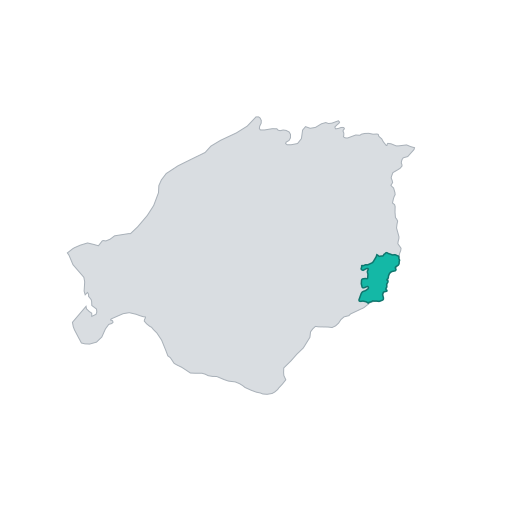 where Satu Mare sits in Romania, rotated 143°
{"feature_id": "ROU-301", "entity_name": "Satu Mare", "entity_type": "County", "adm_level": 1, "iso_a3": "ROU", "parent_name": "Romania", "parent_adm1": "", "projection": "equal_earth", "projection_center": [22.899, 47.706], "detail": "fine", "context": "in_parent", "style": "filled", "palette": "teal", "viewbox_px": 512, "rotation_deg": 143, "n_neighbors": 0, "source": "natural_earth", "source_scale": "10m", "svg_char_len": 5670}
<svg xmlns="http://www.w3.org/2000/svg" viewBox="0 0 512 512"><g transform="rotate(143 256 256)"><path d="M386.8,281.6L391.3,287.0L396.8,289.9L409.4,292.9L410.5,292.6L410.6,292.0L409.7,291.2L409.6,290.2L410.2,289.0L411.9,288.9L414.8,290.0L420.1,288.4L427.9,284.1L435.2,283.2L441.9,285.8L445.5,288.8L447.8,291.6L447.2,295.1L446.9,297.3L445.4,306.4L444.4,309.7L442.5,313.5L422.0,318.1L423.2,315.9L422.6,312.1L421.6,309.2L423.5,306.6L418.8,305.7L416.8,307.1L415.3,309.6L416.9,315.3L414.7,318.5L413.9,320.3L414.0,324.5L412.7,326.3L412.5,328.3L415.8,327.8L414.4,331.4L408.4,338.4L406.3,342.6L407.4,359.2L404.9,369.1L404.8,372.0L398.1,372.1L396.1,371.9L389.8,370.4L382.7,367.8L378.4,362.6L375.7,359.0L369.7,360.6L368.6,360.2L366.9,358.4L362.4,357.2L356.8,357.2L344.2,350.5L342.8,349.4L333.0,350.5L318.4,353.8L307.3,357.9L295.8,365.2L291.2,370.7L285.8,373.7L278.1,375.9L264.2,375.0L249.8,372.3L234.3,369.3L225.9,370.9L214.6,369.7L197.5,366.1L184.8,365.0L172.3,367.1L170.2,365.5L169.7,363.7L170.2,361.1L171.9,359.0L175.0,357.4L176.6,355.8L176.7,354.1L173.3,351.5L166.4,347.9L163.5,345.6L162.8,345.1L162.6,343.1L161.2,341.5L158.5,340.3L156.4,338.2L154.9,335.1L155.3,332.3L157.4,329.6L160.1,328.4L163.4,328.8L164.7,328.0L164.2,326.1L161.0,323.7L155.1,320.8L149.1,322.4L143.0,328.5L138.6,329.5L135.9,325.4L131.1,322.9L124.2,322.2L120.0,320.6L118.4,318.2L115.4,316.4L108.8,314.4L108.7,312.6L109.8,312.1L112.1,312.0L115.3,311.6L115.8,310.5L115.9,309.6L113.4,308.3L110.9,307.5L109.6,306.7L108.7,305.8L108.6,304.8L109.3,304.2L110.3,304.1L111.3,303.5L111.9,301.3L113.3,299.5L114.3,298.8L114.2,297.5L113.2,296.2L111.8,295.1L109.8,294.5L103.5,292.6L100.4,289.9L98.4,289.8L95.4,288.4L92.1,286.1L89.2,282.8L86.1,280.7L85.3,279.8L85.3,279.0L85.8,278.1L85.8,277.1L85.1,273.9L85.6,270.5L85.5,267.3L85.5,265.9L84.9,265.5L84.4,265.9L83.6,266.5L82.9,266.6L80.6,264.3L77.8,259.6L75.8,258.1L72.0,255.9L68.9,254.1L66.6,250.2L64.2,247.1L65.8,245.9L75.0,244.1L79.3,245.8L81.2,245.2L83.1,243.8L84.1,242.7L84.3,241.5L85.2,240.0L88.3,239.3L96.5,240.2L99.8,238.1L101.1,237.0L101.8,234.4L102.7,232.4L105.7,231.3L105.6,229.5L105.2,227.5L106.9,223.0L108.0,221.2L109.6,220.5L111.7,219.1L115.1,216.2L114.4,213.6L115.1,211.8L118.7,207.2L121.5,202.8L121.5,200.6L121.9,198.6L124.3,196.5L126.9,193.8L130.3,185.2L131.5,183.8L133.7,182.1L135.3,180.5L135.5,174.9L137.1,173.3L140.0,171.5L143.0,168.5L145.4,165.1L147.2,163.5L149.6,163.0L152.3,161.7L155.2,161.2L158.1,161.9L159.9,161.5L162.6,159.8L169.6,153.5L170.6,152.3L172.0,151.4L177.6,149.2L179.1,147.1L181.0,145.1L183.5,145.3L191.7,150.1L200.5,149.8L202.1,150.0L202.6,150.1L203.7,150.4L215.3,152.8L217.1,152.6L217.6,152.4L222.3,154.4L226.5,154.1L230.4,152.7L234.5,152.3L238.3,153.1L241.2,155.9L248.7,161.8L250.9,164.0L254.3,163.7L258.1,162.6L261.9,158.6L273.5,154.1L282.5,153.0L291.2,151.2L301.2,149.9L304.1,146.3L305.7,143.8L306.7,139.2L312.1,137.8L317.3,136.9L319.1,136.3L322.8,136.1L325.8,136.5L330.3,138.8L333.6,141.7L334.9,143.9L337.7,147.1L340.6,151.6L343.9,157.6L344.7,160.7L346.0,164.0L348.4,168.0L353.0,172.4L353.7,173.3L355.8,176.4L359.9,183.4L363.3,186.1L366.2,189.2L367.7,192.2L369.8,195.0L374.8,198.7L378.8,202.0L382.2,211.6L384.5,216.1L386.0,219.5L385.6,226.4L386.5,229.3L384.9,234.7L382.0,245.6L381.5,254.2L382.2,258.9L382.3,261.9L383.2,263.8L384.2,267.8L384.4,271.3L383.3,272.3L381.6,273.1L381.0,273.8L382.6,275.4L384.7,278.3L386.8,281.6Z" fill="#d9dde1" stroke="#a8b0b8" stroke-width="1"/><path d="M158.1,162.0L159.6,161.8L161.0,161.2L162.2,160.4L163.2,159.2L163.7,158.9L164.5,158.6L165.3,158.5L165.6,158.4L165.9,157.8L165.8,157.4L165.6,157.1L165.6,156.7L166.1,156.0L166.7,155.6L168.3,155.1L168.9,154.5L169.9,152.9L170.6,152.3L171.4,152.1L172.1,151.6L172.4,151.0L172.1,149.9L172.4,149.3L173.0,149.3L173.8,149.6L174.4,149.9L175.0,150.3L175.6,150.4L176.3,150.3L178.0,149.2L178.5,148.3L179.4,145.9L180.2,144.9L181.0,144.6L181.9,144.7L184.7,145.5L185.3,145.9L187.0,147.6L188.9,149.0L189.8,149.9L190.1,150.0L190.4,150.0L190.7,150.0L191.0,149.9L193.8,151.0L194.6,151.0L194.8,150.9L195.4,152.9L197.3,155.2L197.7,155.6L198.3,156.0L199.6,156.7L200.2,157.2L200.6,157.8L200.5,158.4L200.2,159.0L194.6,162.7L193.6,163.1L192.7,163.3L192.0,163.2L191.3,163.1L190.7,162.8L189.1,162.4L186.3,162.4L185.7,162.6L185.2,163.1L185.0,163.8L185.1,164.2L185.3,164.6L185.8,164.8L188.5,165.5L189.1,165.8L189.6,166.1L189.9,166.5L190.0,167.2L189.8,167.8L189.3,168.8L189.1,169.5L188.4,170.8L187.5,171.7L186.8,172.6L186.2,173.2L185.4,173.6L184.8,173.6L184.1,173.3L182.3,172.3L181.9,171.9L181.2,171.2L180.9,171.0L180.5,171.0L180.1,171.2L177.8,173.8L177.5,174.3L177.2,174.9L177.1,175.4L176.9,175.8L176.7,176.2L176.4,176.6L176.0,176.9L174.5,177.7L174.2,178.0L174.1,178.3L174.2,178.7L174.7,179.1L175.4,179.5L179.1,180.1L179.6,180.8L179.9,181.5L179.9,181.9L179.9,182.3L179.7,182.6L178.1,183.7L177.9,184.0L177.7,184.4L177.5,184.6L177.3,184.7L176.8,184.4L176.1,183.7L175.7,183.5L174.1,183.2L173.5,182.9L172.5,182.0L172.0,181.7L167.6,180.7L166.8,180.7L165.7,180.9L160.4,183.1L158.7,184.3L158.3,183.4L158.1,182.2L157.7,181.5L157.2,181.2L156.0,180.6L155.4,180.1L154.8,179.8L154.4,179.7L154.0,179.8L153.0,180.2L152.6,180.3L152.1,180.2L151.7,180.2L151.3,180.2L151.0,180.3L150.6,180.4L149.9,180.2L149.6,180.0L149.3,179.6L148.9,178.5L148.5,177.9L147.4,176.4L146.8,175.3L146.2,174.6L144.5,173.6L144.1,173.2L143.7,172.7L143.3,171.7L142.5,170.5L142.3,170.3L142.3,170.0L142.4,169.6L142.5,169.2L143.5,168.0L143.6,167.6L143.7,166.6L143.9,166.2L144.2,165.9L144.9,165.5L145.2,165.2L146.0,164.1L146.5,163.7L147.2,163.3L147.9,163.1L148.5,163.1L150.3,163.3L150.9,163.3L151.4,163.1L151.9,162.7L152.5,160.7L153.7,160.4L156.7,161.8L158.1,162.0Z" fill="#14b8a6" stroke="#0f766e" stroke-width="1.5"/></g></svg>